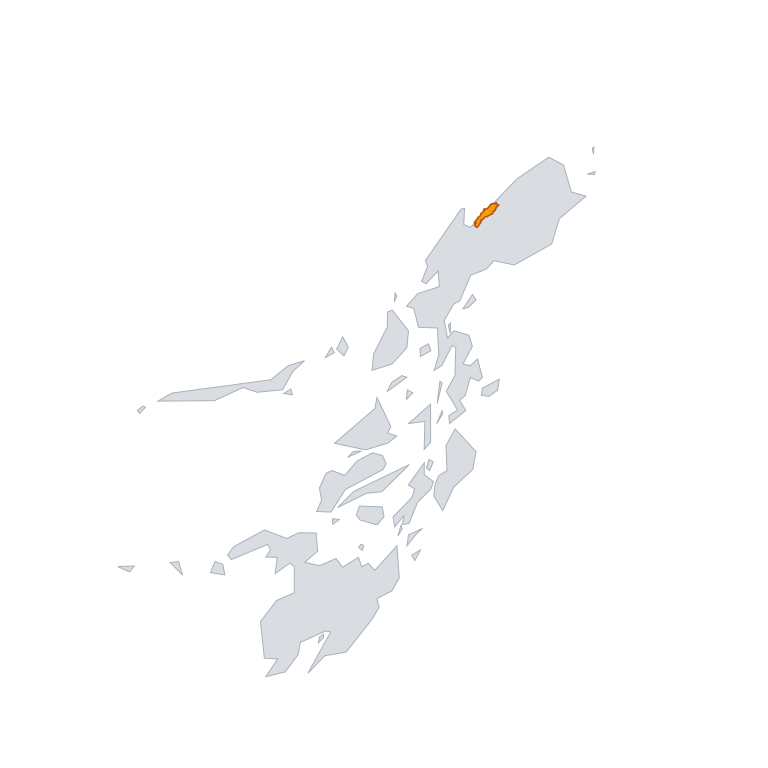 La Union, La Union, Philippines (highlighted), rotated 44°
{"feature_id": "2640588B50881283310688", "entity_name": "La Union", "entity_type": "district", "adm_level": 2, "iso_a3": "PHL", "parent_name": "Philippines", "parent_adm1": "La Union", "projection": "equal_earth", "projection_center": [120.343, 16.561], "detail": "fine", "context": "in_parent", "style": "filled", "palette": "amber", "viewbox_px": 768, "rotation_deg": 44, "n_neighbors": 0, "source": "geoboundaries", "source_scale": "gbopen_adm2", "svg_char_len": 7388}
<svg xmlns="http://www.w3.org/2000/svg" viewBox="0 0 768 768"><g transform="rotate(44 384 384)"><path d="M361.1,101.8L385.3,115.7L398.8,108.6L395.3,143.2L407.3,166.8L395.0,207.9L377.4,218.9L377.8,230.4L370.8,245.6L380.8,271.4L378.6,278.3L383.2,296.4L397.8,306.9L397.3,297.3L411.3,289.9L421.4,295.6L426.9,314.8L433.3,311.0L434.0,301.1L450.3,311.0L450.0,316.1L441.6,319.4L450.5,336.0L449.5,343.0L461.2,346.3L458.6,367.0L452.6,361.6L454.9,351.6L433.9,346.0L429.0,328.4L410.3,307.9L406.1,308.8L412.8,330.5L410.6,339.4L403.2,325.0L383.5,306.6L369.4,319.3L352.9,308.9L346.2,312.4L345.5,295.6L356.1,275.4L344.4,265.1L344.6,282.6L339.7,283.9L333.6,268.9L328.0,266.4L318.0,204.8L319.9,201.7L330.6,213.9L337.4,211.2L337.1,144.3L344.9,106.5L361.1,101.8ZM505.7,491.5L529.6,512.8L533.4,527.3L528.0,543.1L535.5,548.1L538.7,560.6L543.0,603.1L530.1,620.7L530.2,644.9L517.9,599.3L513.4,602.4L503.3,628.0L510.2,638.0L512.9,659.7L502.3,676.6L498.5,655.6L488.4,664.3L460.2,640.7L457.1,614.4L464.4,596.5L446.4,577.7L440.7,578.2L437.4,596.0L427.6,582.9L419.2,590.6L417.5,582.0L411.7,580.2L396.1,616.4L390.2,615.6L388.9,605.3L399.4,572.1L421.4,562.6L426.0,550.3L438.7,538.3L452.4,550.4L450.8,567.4L463.9,559.4L470.7,542.9L481.5,544.6L486.0,526.4L495.0,531.0L497.2,523.9L506.8,524.5L505.7,491.5ZM434.8,513.0L424.1,522.5L419.8,510.9L409.8,503.7L404.4,488.6L406.7,482.4L419.4,476.9L418.1,458.4L423.5,441.4L432.5,436.6L440.9,439.8L442.7,446.1L429.5,486.7L434.8,513.0ZM497.3,368.8L507.1,383.6L505.9,410.0L514.1,434.2L497.5,429.9L490.9,421.3L487.0,411.6L489.5,402.5L471.4,385.3L466.3,366.9L497.3,368.8ZM388.3,398.5L418.6,410.0L420.5,416.8L429.2,412.7L427.9,423.7L416.5,444.2L389.6,461.0L394.5,407.9L388.3,398.5ZM273.6,513.8L233.3,553.3L237.7,537.9L299.7,459.5L302.4,437.5L310.6,422.5L309.7,438.4L315.0,458.5L298.6,478.0L285.1,484.4L273.6,513.8ZM338.5,325.1L364.7,328.8L375.3,342.1L375.9,363.9L365.9,382.4L355.6,369.5L346.7,340.5L336.4,329.7L338.5,325.1ZM475.8,421.2L487.5,419.9L490.7,427.0L490.3,445.9L498.9,467.1L494.8,472.3L489.6,464.4L491.0,479.2L482.8,473.3L482.9,446.1L478.8,438.1L471.6,439.8L467.7,412.7L475.8,421.2ZM436.4,505.2L436.9,482.2L458.2,424.3L457.2,463.0L447.2,475.0L436.4,505.2ZM476.8,490.2L461.2,498.5L455.1,497.4L451.1,488.8L468.2,473.6L476.2,479.5L476.8,490.2ZM431.6,366.3L458.1,393.6L458.3,403.1L439.4,382.5L429.1,395.4L431.6,366.3ZM468.0,320.0L462.1,324.5L457.6,318.7L463.6,300.4L470.0,309.5L468.0,320.0ZM402.1,631.9L390.1,640.2L385.9,629.1L393.3,625.7L402.1,631.9ZM321.6,378.8L332.8,382.4L335.6,391.6L325.6,391.7L321.6,378.8ZM388.1,324.1L394.6,327.5L391.1,338.9L385.3,333.4L388.1,324.1ZM359.6,654.5L371.9,661.4L354.2,660.9L359.6,654.5ZM512.9,484.5L506.4,475.4L512.0,461.2L511.4,469.8L512.9,484.5ZM395.7,363.3L391.5,387.4L388.5,377.5L391.0,365.6L395.7,363.3ZM330.7,688.5L331.6,695.9L319.3,700.3L330.7,688.5ZM391.8,259.6L391.4,270.4L388.5,275.0L385.5,258.2L391.8,259.6ZM414.2,447.9L408.9,461.9L408.8,453.8L414.2,447.9ZM326.5,395.8L323.5,405.8L320.7,394.1L326.5,395.8ZM476.9,414.6L472.8,414.9L468.7,406.9L473.6,405.9L476.9,414.6ZM410.8,370.4L410.8,379.5L404.9,372.0L410.8,370.4ZM528.8,489.6L522.8,487.9L525.5,478.1L528.8,489.6ZM425.1,342.9L435.8,361.1L422.3,343.2L425.1,342.9ZM325.5,455.4L318.5,460.5L320.4,452.3L325.5,455.4ZM445.9,512.7L444.6,520.5L440.5,516.6L445.9,512.7ZM447.0,365.1L449.4,375.9L444.2,362.3L447.0,365.1ZM228.7,574.8L225.0,574.3L225.9,567.4L228.6,566.5L228.7,574.8ZM483.9,518.8L479.3,519.2L478.8,515.1L481.6,514.3L483.9,518.8ZM516.6,615.8L513.3,610.9L514.3,605.9L516.6,608.3L516.6,615.8ZM332.3,311.7L334.3,317.8L328.7,310.8L332.3,311.7ZM497.7,475.6L499.6,483.7L494.4,473.8L497.7,475.6ZM389.8,87.0L384.5,91.9L388.3,84.6L389.8,87.0ZM396.5,301.7L389.4,297.0L389.5,293.8L396.5,301.7ZM370.4,67.7L375.0,73.3L369.9,69.6L370.4,67.7Z" fill="#d9dde1" stroke="#a8b0b8" stroke-width="1"/><path d="M343.8,186.7L343.7,186.5L343.7,186.3L343.8,186.1L343.6,185.7L343.3,185.5L343.2,185.5L343.1,185.3L343.1,185.0L343.1,184.9L342.9,184.7L342.8,184.4L343.0,184.4L343.1,184.2L343.1,183.7L343.3,183.4L343.3,183.2L343.2,182.8L343.1,182.7L343.2,182.4L343.3,182.3L343.3,182.1L343.2,181.9L343.1,182.0L343.0,181.9L342.9,181.9L342.8,181.7L342.9,181.4L343.1,181.3L343.1,181.2L342.9,181.2L342.8,180.9L342.7,180.9L342.7,181.0L342.4,181.0L342.4,180.9L342.6,180.7L342.8,180.5L342.8,180.3L342.7,180.1L342.5,179.7L342.4,179.6L342.1,179.6L342.0,179.4L341.9,179.1L341.9,178.9L342.0,178.8L342.0,178.5L342.0,178.4L341.9,178.4L342.0,178.2L342.0,177.9L342.3,177.5L342.2,177.4L342.0,177.1L342.1,176.7L342.3,176.3L342.3,176.2L342.2,176.1L342.2,175.8L341.9,175.9L341.7,176.1L341.4,176.3L341.2,176.2L340.7,175.9L340.3,176.2L339.9,176.3L339.6,176.6L339.3,176.5L339.1,176.3L339.0,176.0L339.0,175.9L338.9,175.8L338.8,175.7L338.7,175.9L338.6,176.1L338.4,176.5L338.5,176.6L338.5,176.8L338.5,177.0L338.4,177.4L338.2,177.7L337.5,178.4L337.1,178.8L336.7,178.9L336.4,179.2L336.3,179.4L336.3,179.6L336.2,179.7L336.2,179.9L336.3,180.0L336.1,180.1L336.1,180.3L336.1,180.5L336.1,180.8L336.0,181.0L336.1,181.3L336.1,181.8L336.2,182.0L336.2,182.3L336.2,182.2L336.3,182.4L336.3,182.5L336.2,182.6L336.3,182.5L336.3,183.1L336.3,183.3L336.3,183.5L336.5,183.6L336.5,183.8L336.5,184.3L336.4,184.7L336.4,184.9L336.4,185.1L336.3,185.5L336.4,185.8L336.4,186.2L336.3,186.5L336.2,186.7L336.1,186.8L335.9,187.0L335.7,187.4L335.5,187.6L335.4,187.8L335.4,188.0L335.5,188.3L335.7,188.7L335.5,189.1L335.4,189.2L335.2,189.3L335.1,189.2L335.1,189.3L335.1,189.2L335.1,189.3L335.0,189.2L335.0,189.3L334.9,189.2L334.9,188.9L334.7,188.8L334.6,188.6L334.5,188.8L334.4,188.9L334.5,189.0L334.7,189.3L334.8,189.5L334.9,189.4L335.0,189.4L335.1,189.5L335.2,190.0L335.1,190.3L335.2,190.5L335.3,190.5L335.5,190.5L335.8,190.7L335.8,190.8L335.8,191.1L335.8,191.3L335.8,191.7L335.8,192.2L335.7,192.6L335.5,193.0L335.3,193.2L335.3,193.3L335.3,193.8L335.3,194.0L335.4,194.3L335.6,194.4L335.8,194.5L336.0,194.9L336.0,195.0L336.1,195.4L336.3,196.7L336.3,197.1L336.3,197.6L336.2,198.0L335.9,198.6L335.9,198.8L335.8,199.0L335.9,199.3L335.9,199.2L336.0,199.4L336.1,199.5L336.1,199.4L336.2,199.5L336.2,199.8L336.2,200.1L336.3,200.5L336.6,200.7L336.6,200.9L336.6,201.0L336.5,201.4L336.4,202.2L336.5,202.5L336.5,202.8L336.5,203.0L336.7,203.3L336.8,203.7L337.0,204.0L337.2,204.6L337.3,204.7L337.4,204.8L337.5,205.1L337.6,205.4L337.6,205.5L337.9,205.5L337.9,205.4L337.7,205.3L337.5,204.9L337.4,204.8L337.5,204.8L337.4,204.7L337.2,204.5L337.3,204.4L337.2,204.4L337.3,204.3L337.2,204.2L337.3,204.1L337.2,204.1L337.3,204.0L337.5,204.0L337.8,204.3L337.8,204.5L338.0,204.6L338.3,204.8L338.3,205.0L338.2,205.1L338.3,205.1L338.5,205.1L338.5,205.3L338.5,205.5L338.5,205.4L338.6,205.5L338.7,206.0L338.9,206.7L338.9,206.9L339.0,206.9L339.0,207.0L339.3,207.2L340.2,207.0L340.5,207.0L341.6,206.9L341.9,206.9L341.9,206.6L341.9,206.4L341.9,206.2L342.1,206.0L342.0,205.9L342.1,205.7L342.2,205.0L342.1,204.6L342.1,204.4L342.0,203.9L341.9,203.4L341.8,203.2L341.7,203.1L341.6,202.3L341.7,201.8L341.4,201.4L341.5,201.3L341.5,201.2L341.5,200.9L341.5,200.7L341.1,200.7L341.0,200.4L340.7,199.3L339.9,199.1L340.0,199.0L340.0,198.9L340.1,198.7L340.2,198.4L340.2,198.2L340.3,197.9L340.3,197.7L340.6,197.7L340.6,197.4L340.7,197.1L340.8,196.3L340.8,195.3L340.7,194.8L340.7,194.6L340.6,194.0L340.7,193.7L341.0,193.1L341.0,192.8L341.3,192.3L341.5,192.2L342.1,191.9L342.2,191.5L342.1,191.4L342.2,191.1L342.1,190.9L342.3,189.9L343.0,188.0L343.8,186.7Z" fill="#f59e0b" stroke="#b45309" stroke-width="1.5"/></g></svg>